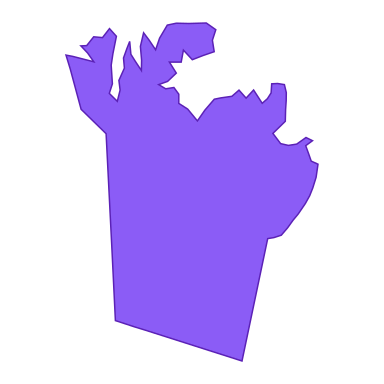 Agricolândia, Piauí, Brazil (Equal Earth projection)
{"feature_id": "56859067B82252507682420", "entity_name": "Agricolândia", "entity_type": "district", "adm_level": 2, "iso_a3": "BRA", "parent_name": "Brazil", "parent_adm1": "Piauí", "projection": "equal_earth", "projection_center": [-42.679, -5.769], "detail": "fine", "context": "isolated", "style": "filled", "palette": "violet", "viewbox_px": 384, "rotation_deg": 0, "n_neighbors": 0, "source": "geoboundaries", "source_scale": "gbopen_adm2", "svg_char_len": 1227}
<svg xmlns="http://www.w3.org/2000/svg" viewBox="0 0 384 384"><path d="M312.5,140.7L306.0,137.5L296.7,144.1L288.4,145.4L280.6,143.6L272.9,133.4L285.3,121.3L285.6,109.6L286.2,100.5L286.3,92.6L284.4,84.6L277.6,83.5L271.7,83.8L271.1,92.9L267.4,98.7L262.2,103.3L253.6,90.0L246.1,98.1L239.0,90.1L231.9,96.3L220.7,97.9L214.3,99.2L204.9,110.1L197.4,120.9L187.7,109.1L178.8,103.4L178.8,94.2L173.9,87.5L165.7,88.8L158.7,84.6L167.6,81.4L176.3,73.1L169.4,62.1L181.2,62.1L183.4,50.1L192.3,59.7L203.1,55.5L214.2,51.7L212.4,40.2L215.8,29.7L206.3,23.0L188.9,23.5L176.3,23.2L167.3,25.1L159.6,38.1L155.6,49.8L149.1,40.1L143.6,32.8L140.4,46.4L141.6,60.2L141.4,70.5L135.3,61.3L130.9,54.3L129.7,41.4L126.8,48.8L123.5,58.0L124.4,68.1L118.9,80.4L120.1,90.1L117.3,101.3L109.3,93.4L112.4,83.8L111.2,65.2L112.9,53.8L116.4,36.3L109.5,28.6L102.5,37.6L93.7,36.8L86.7,45.6L80.9,45.9L87.6,53.0L93.8,61.8L72.8,56.4L66.0,55.1L70.3,69.2L81.1,109.3L106.1,133.7L112.0,250.6L115.4,320.6L134.3,326.8L143.8,329.7L242.0,361.0L267.7,238.6L273.9,237.6L281.3,235.2L287.7,227.7L293.0,220.3L298.2,214.0L305.3,203.6L309.7,195.7L312.8,187.9L316.1,177.3L318.0,164.2L311.2,161.1L308.8,154.2L305.7,145.7L312.5,140.7Z" fill="#8b5cf6" stroke="#5b21b6" stroke-width="1.5"/></svg>